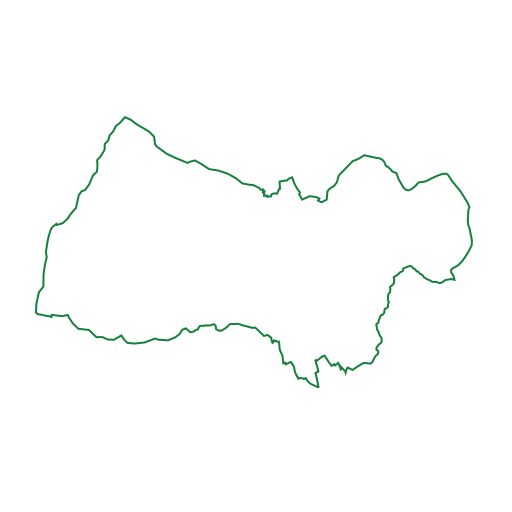 the district of Otelu Rosu, Caras-Severin, Romania, rotated 276°
{"feature_id": "2599482B58163307864274", "entity_name": "Otelu Rosu", "entity_type": "district", "adm_level": 2, "iso_a3": "ROU", "parent_name": "Romania", "parent_adm1": "Caras-Severin", "projection": "robinson", "projection_center": [22.358, 45.525], "detail": "fine", "context": "isolated", "style": "outline", "palette": "green", "viewbox_px": 512, "rotation_deg": 276, "n_neighbors": 0, "source": "geoboundaries", "source_scale": "gbopen_adm2", "svg_char_len": 6099}
<svg xmlns="http://www.w3.org/2000/svg" viewBox="0 0 512 512"><g transform="rotate(276 256 256)"><path d="M378.5,117.0L380.4,111.2L374.2,106.8L371.1,103.4L364.9,100.9L360.8,97.9L355.2,96.8L351.6,93.9L345.9,94.3L344.0,93.5L341.5,92.4L339.1,91.1L336.8,89.6L334.7,88.0L331.8,88.5L329.0,88.9L326.0,89.0L323.1,88.9L319.1,85.4L309.9,82.7L303.7,79.1L302.1,75.8L298.0,73.4L284.9,71.9L282.2,69.9L279.4,68.0L276.5,66.3L273.4,64.7L268.4,60.3L266.1,54.7L267.1,54.1L263.3,50.3L260.7,49.1L255.4,48.0L250.6,47.3L238.3,46.6L235.6,47.3L232.6,48.0L228.7,47.4L224.7,47.0L220.7,46.8L216.7,46.7L214.9,46.7L203.3,47.7L197.3,43.9L185.7,42.6L177.0,43.0L175.2,45.2L175.3,47.0L174.9,50.8L174.5,53.7L174.6,55.5L174.0,58.9L176.1,59.0L175.9,69.2L177.6,75.0L175.3,76.4L169.8,80.9L165.0,87.1L165.0,97.5L158.6,105.8L159.3,111.9L157.5,116.8L157.8,123.4L162.9,130.4L159.2,133.5L156.2,137.2L156.2,144.1L158.3,154.2L163.3,164.1L162.6,167.8L162.9,177.3L166.6,184.1L170.5,188.3L174.9,190.3L176.7,193.8L173.3,198.7L174.0,200.9L174.5,202.3L175.5,202.9L176.0,203.6L176.8,205.7L179.6,206.8L180.2,207.3L180.7,208.1L181.0,209.5L180.9,210.9L181.1,211.6L181.7,212.8L181.8,214.2L182.0,216.9L182.4,218.2L183.1,219.4L183.6,220.6L183.7,221.4L182.8,222.9L181.2,223.5L180.1,223.7L179.1,224.0L178.8,224.3L177.9,227.4L178.1,229.5L179.7,231.6L181.9,234.1L183.5,235.6L185.0,236.7L185.6,237.5L185.8,239.6L186.5,243.8L186.6,245.3L186.4,246.7L185.5,250.8L185.1,254.0L184.6,256.8L184.1,260.4L184.8,262.2L184.8,262.5L181.8,266.6L178.6,270.7L177.4,272.0L177.5,272.8L178.0,274.2L178.5,275.0L178.5,276.4L178.4,276.8L177.1,277.9L176.5,279.7L176.2,279.8L176.0,279.7L174.5,280.1L171.3,281.5L171.5,281.8L171.8,281.9L172.7,282.7L173.0,282.7L173.3,283.0L173.5,283.0L173.8,282.7L174.0,282.9L173.7,283.3L173.6,283.9L173.5,284.7L173.5,284.9L173.3,284.9L173.2,285.9L173.1,287.1L172.7,287.4L173.0,287.7L171.5,288.2L166.0,289.2L163.6,290.3L160.2,292.4L159.6,292.6L158.4,293.0L152.1,294.4L152.6,295.4L153.0,295.9L152.6,296.3L151.3,296.9L151.3,297.1L152.1,297.8L152.5,298.6L152.7,299.4L153.4,300.1L153.6,300.5L153.9,301.3L154.1,301.6L154.1,301.9L153.9,302.2L153.2,302.8L152.5,303.0L151.2,304.3L150.6,304.8L148.6,305.8L146.6,306.2L144.8,306.9L141.9,308.5L141.5,308.7L141.2,309.2L140.5,309.4L140.2,309.7L140.1,310.0L139.2,310.3L138.3,311.0L139.2,312.1L139.3,312.5L139.1,315.7L138.7,316.3L138.7,316.7L138.8,317.0L139.7,318.0L139.8,318.4L137.3,320.1L135.8,321.9L134.7,323.6L134.1,325.2L133.8,325.8L133.2,327.8L131.8,331.9L131.6,332.1L142.5,328.6L145.8,327.4L146.8,328.9L147.2,329.4L147.6,330.1L153.4,328.0L158.1,326.0L158.7,326.3L158.1,327.3L163.1,332.5L162.9,332.8L164.1,334.5L163.8,334.9L163.5,335.3L162.4,335.9L159.4,338.5L157.8,339.6L155.7,341.8L154.6,342.7L156.6,345.1L155.4,346.0L158.3,348.9L156.2,350.1L155.3,350.5L155.6,351.1L155.5,351.4L154.3,351.7L153.3,351.6L152.1,352.2L152.8,352.7L153.8,353.2L151.5,355.8L150.8,356.7L149.4,357.3L151.6,357.6L153.1,358.2L154.1,358.5L154.7,359.0L153.1,363.0L152.9,364.2L154.5,365.8L155.7,367.6L156.7,368.5L160.7,373.8L161.1,376.6L160.9,378.6L160.9,379.4L160.9,380.4L161.2,381.4L163.1,383.1L164.7,383.5L166.4,384.2L168.2,384.9L169.6,385.9L170.0,386.3L170.4,386.5L171.1,387.4L172.7,387.7L173.4,387.7L174.1,387.4L174.8,386.8L175.2,385.7L175.7,385.5L176.7,385.4L177.4,385.4L178.3,385.9L180.7,387.4L181.2,387.8L181.9,388.7L182.7,389.4L183.4,389.7L184.5,389.9L185.0,389.7L186.6,389.7L187.8,389.2L189.8,387.5L191.1,386.8L193.5,385.7L195.0,384.4L196.1,384.0L197.9,383.6L199.0,383.1L200.2,382.8L200.6,382.8L201.2,383.1L201.8,384.2L202.5,384.6L203.3,384.7L204.7,384.8L209.6,386.2L210.2,386.6L210.3,387.3L210.6,387.8L211.3,388.5L213.1,389.5L215.8,389.4L216.2,389.4L216.9,389.7L217.4,390.8L217.6,391.3L218.6,392.0L218.9,392.4L219.5,392.5L222.2,392.4L223.3,392.8L224.3,392.9L224.9,392.5L225.9,391.7L229.2,391.6L230.7,391.5L231.8,391.6L232.6,391.9L233.5,392.9L234.0,393.1L236.2,393.1L237.7,393.0L238.7,392.5L239.5,392.7L239.9,393.3L241.6,394.8L243.1,395.9L243.7,396.1L247.8,395.8L248.2,395.7L248.9,395.3L249.3,395.2L249.7,395.4L250.1,396.2L251.2,397.8L252.3,399.0L254.5,400.7L255.2,401.5L256.0,403.1L256.4,403.5L257.0,403.7L258.6,403.8L259.2,404.1L260.6,406.8L261.3,408.0L262.0,409.8L262.2,410.7L262.0,411.4L261.5,412.2L261.1,412.9L260.2,413.5L259.5,415.7L257.6,417.3L257.4,417.8L257.4,418.5L257.2,419.1L256.7,419.7L255.8,420.6L255.3,421.3L255.0,422.5L254.4,423.3L253.6,424.4L252.7,425.0L252.2,425.4L250.9,428.5L249.9,431.5L248.9,433.7L248.7,435.9L249.1,437.6L249.0,438.5L248.6,439.5L248.3,440.5L248.4,441.6L248.7,442.8L249.4,444.0L251.9,446.9L253.5,452.6L253.1,455.9L257.2,454.3L260.3,451.7L262.7,451.5L264.3,452.9L266.1,455.6L268.2,458.3L272.7,461.8L276.7,464.0L280.7,466.0L284.9,467.8L289.2,469.4L294.1,469.1L305.9,465.5L307.3,464.7L308.8,464.0L310.3,463.5L311.9,463.1L323.5,462.4L327.0,463.1L331.6,460.5L342.2,452.2L345.0,449.2L350.0,444.2L352.1,442.3L356.5,438.7L357.7,437.2L357.3,433.4L355.5,429.4L353.4,425.6L351.2,422.0L348.4,417.7L347.7,416.0L347.2,414.4L346.8,412.6L346.5,410.9L345.7,409.8L344.6,408.8L343.4,408.0L342.2,407.2L338.9,403.8L337.2,400.7L337.6,398.1L339.3,395.6L347.9,389.4L350.5,388.3L353.4,386.7L353.7,384.4L354.5,382.4L356.4,380.7L357.4,379.1L358.2,378.4L358.7,377.7L358.5,376.9L360.0,375.2L361.5,374.7L362.9,373.7L364.8,371.8L366.2,368.3L366.0,366.3L367.5,353.2L364.1,348.8L362.8,346.8L361.6,344.6L360.6,342.4L344.9,330.0L337.8,328.7L334.1,326.5L330.5,322.1L327.8,320.3L319.4,320.4L316.3,315.5L317.6,311.9L319.7,313.1L320.9,309.7L321.1,303.1L316.9,296.0L322.0,292.4L323.3,293.1L324.3,292.7L327.3,289.8L332.6,286.3L338.0,283.7L336.0,280.2L334.4,279.0L333.9,276.6L332.5,271.7L325.4,272.8L325.3,272.1L320.1,270.4L320.1,269.6L320.3,268.4L320.0,267.1L319.3,265.4L318.0,264.7L316.8,264.6L316.1,261.0L317.2,260.9L316.7,257.7L321.5,257.6L321.4,257.4L320.4,256.5L319.8,256.3L320.1,256.0L322.9,256.1L322.5,253.4L323.8,252.5L326.4,245.6L326.1,242.8L326.7,235.0L331.1,228.1L334.8,219.6L337.0,210.1L337.5,200.3L342.2,191.0L344.6,185.3L344.0,183.5L343.3,181.6L342.5,179.9L341.4,178.2L344.9,166.3L348.2,156.8L354.5,145.8L356.7,143.9L364.0,142.2L368.5,136.7L374.5,123.6L378.5,117.0Z" fill="none" stroke="#15803d" stroke-width="2"/></g></svg>